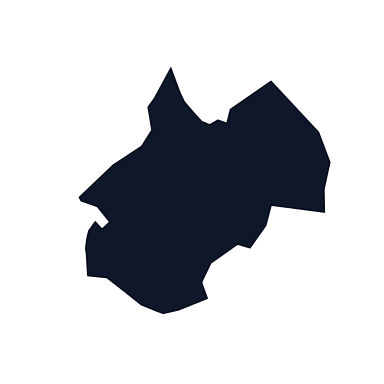 Busanjin-gu, Busan, South Korea (Mercator projection), rotated 137°
{"feature_id": "91817680B32751924176777", "entity_name": "Busanjin-gu", "entity_type": "district", "adm_level": 2, "iso_a3": "KOR", "parent_name": "South Korea", "parent_adm1": "Busan", "projection": "mercator", "projection_center": [129.046, 35.154], "detail": "fine", "context": "isolated", "style": "filled", "palette": "ink", "viewbox_px": 384, "rotation_deg": 137, "n_neighbors": 0, "source": "geoboundaries", "source_scale": "gbopen_adm2", "svg_char_len": 728}
<svg xmlns="http://www.w3.org/2000/svg" viewBox="0 0 384 384"><g transform="rotate(137 192 192)"><path d="M108.9,87.1L93.6,104.1L71.0,119.7L58.8,149.4L58.8,187.7L58.8,219.0L107.6,226.1L119.7,218.2L124.0,226.8L133.3,229.0L136.9,236.8L136.9,246.1L136.2,263.2L133.3,272.5L126.2,289.6L123.1,296.9L155.4,286.1L166.2,283.9L179.0,264.6L197.6,259.7L222.6,263.9L231.1,265.4L278.0,264.9L279.0,261.1L271.1,246.1L272.5,226.1L283.2,226.1L283.2,236.1L294.0,233.9L300.4,229.7L308.2,223.2L311.1,219.0L325.2,201.9L312.6,187.6L309.2,166.4L305.9,144.1L299.2,129.6L295.8,122.9L282.4,115.1L253.4,103.9L246.7,119.5L226.7,127.3L194.3,122.9L187.6,111.7L160.8,117.3L143.1,128.5L108.9,87.1Z" fill="#0f172a" stroke="#020617" stroke-width="1.5"/></g></svg>